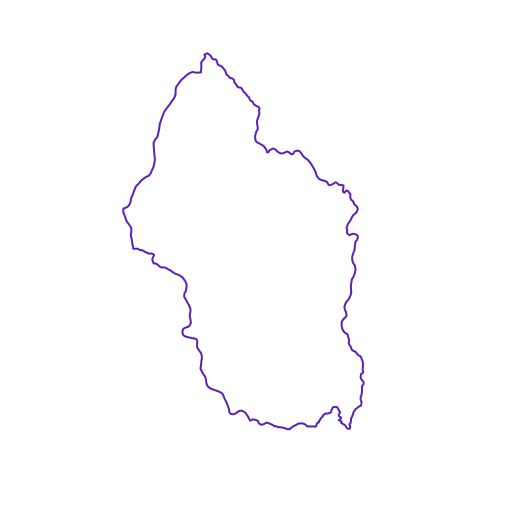 Tailândia, Pará, Brazil (Albers equal-area conic projection), rotated 146°
{"feature_id": "56859067B75953677181340", "entity_name": "Tailândia", "entity_type": "district", "adm_level": 2, "iso_a3": "BRA", "parent_name": "Brazil", "parent_adm1": "Pará", "projection": "albers", "projection_center": [-48.744, -2.903], "detail": "fine", "context": "isolated", "style": "outline", "palette": "violet", "viewbox_px": 512, "rotation_deg": 146, "n_neighbors": 0, "source": "geoboundaries", "source_scale": "gbopen_adm2", "svg_char_len": 6078}
<svg xmlns="http://www.w3.org/2000/svg" viewBox="0 0 512 512"><g transform="rotate(146 256 256)"><path d="M224.0,139.4L224.3,140.8L225.3,143.1L225.5,145.6L225.2,147.2L224.4,149.4L223.7,150.8L222.3,152.8L221.4,153.7L220.3,154.2L218.0,154.9L215.5,155.3L214.2,156.0L212.8,158.9L212.4,161.4L212.1,162.5L210.8,164.8L208.7,166.4L206.6,167.4L203.0,168.5L199.8,170.4L198.7,171.2L197.1,173.0L194.7,177.2L193.1,179.3L190.3,182.3L189.3,183.2L187.0,184.2L184.9,185.5L181.8,188.3L181.0,189.2L179.8,191.7L179.3,193.0L179.4,195.7L178.7,198.3L176.9,201.3L176.1,202.1L170.7,206.2L166.5,211.3L165.5,212.1L163.0,213.0L161.0,214.6L160.4,215.8L160.6,217.0L161.1,217.9L162.7,219.9L163.9,220.5L166.7,220.9L167.4,222.1L167.7,223.1L167.5,224.4L166.9,225.3L166.0,226.2L165.2,228.7L163.2,230.1L162.2,231.0L157.5,232.9L155.0,234.4L152.6,235.5L149.4,235.8L148.0,236.2L145.8,237.6L145.1,238.6L144.9,240.0L144.9,241.3L145.6,244.4L144.9,246.9L145.7,249.7L145.3,251.3L144.8,252.3L143.7,253.6L143.1,254.9L143.5,256.2L143.3,258.1L144.3,259.7L145.8,259.5L147.0,259.0L147.9,259.9L147.6,261.3L146.9,262.3L145.7,263.3L144.1,265.5L144.9,266.6L147.5,268.8L148.1,271.5L148.7,272.5L150.1,272.8L151.5,272.6L154.6,273.2L155.7,273.6L156.0,274.7L155.7,277.4L156.2,278.7L158.3,281.3L159.4,282.4L160.7,285.0L160.9,287.6L160.6,289.2L159.7,292.0L159.2,295.4L158.8,301.5L159.0,304.6L159.4,307.4L160.1,308.6L160.9,311.6L161.1,313.3L160.9,315.3L161.3,318.2L162.0,319.6L163.2,320.4L164.7,320.9L165.9,321.0L168.1,320.0L169.3,320.2L170.0,321.3L170.9,324.0L171.6,325.0L172.6,325.4L175.4,325.9L176.9,326.3L178.1,327.1L179.7,330.1L180.2,332.8L181.4,335.3L182.6,335.8L183.8,335.8L185.0,336.1L186.3,335.9L187.6,335.1L188.8,335.6L188.0,338.6L188.1,342.9L190.9,348.6L191.6,349.6L191.8,350.8L191.7,352.3L190.3,355.0L189.3,356.2L187.5,357.9L186.3,358.9L184.4,359.6L183.4,360.6L182.7,361.6L181.6,364.1L180.0,366.8L179.1,367.9L177.4,369.0L174.0,371.8L173.2,372.7L171.9,375.3L170.5,376.3L170.4,377.7L172.2,380.9L172.9,382.9L172.9,384.1L172.6,385.2L172.7,386.5L173.6,387.6L173.6,389.9L173.1,391.5L173.6,392.9L173.8,396.3L174.4,399.1L174.2,403.1L174.7,404.3L175.8,405.2L176.7,406.5L176.6,410.7L176.8,412.1L176.2,413.3L175.8,414.7L176.3,416.1L178.0,418.3L178.4,421.3L178.8,422.5L178.8,423.7L177.9,427.1L178.1,429.1L178.0,430.3L178.6,432.7L180.0,434.8L180.5,436.1L179.3,440.4L179.6,441.6L180.6,442.2L181.5,443.2L181.9,444.5L181.6,446.8L182.2,449.2L183.0,451.2L184.7,451.6L186.2,451.6L186.5,450.0L187.3,449.1L188.5,448.4L191.3,447.8L193.4,446.9L196.2,442.3L197.2,441.4L199.0,439.1L201.7,440.5L204.3,442.5L205.8,444.2L209.8,444.8L212.4,444.7L219.9,443.6L227.4,440.9L229.1,439.5L232.6,434.7L235.2,432.9L243.3,429.7L247.0,428.6L251.6,426.8L255.2,424.4L262.0,419.2L264.9,415.8L269.0,411.8L271.4,409.8L274.6,408.9L277.5,407.2L279.2,404.6L284.1,395.8L284.7,394.6L286.2,392.1L289.1,389.1L291.3,387.1L295.0,384.9L296.2,383.9L297.3,383.3L299.6,382.6L301.5,382.7L303.0,383.1L307.9,382.8L309.8,382.6L312.6,381.6L316.0,381.1L318.3,379.8L324.9,375.1L326.1,374.5L328.0,373.0L329.6,371.1L331.0,370.1L333.3,369.0L335.7,368.7L337.0,368.8L339.2,369.5L340.7,367.8L341.4,366.8L343.3,359.0L343.8,357.9L343.6,350.8L343.8,349.5L344.3,348.0L346.2,345.3L347.1,344.6L347.9,343.6L348.9,341.5L349.7,339.2L350.5,337.9L350.9,336.6L352.2,334.2L352.6,332.6L353.4,331.5L353.4,330.4L350.0,328.2L348.8,325.6L347.7,325.0L346.2,323.0L345.9,321.7L345.3,320.6L344.3,319.4L343.8,318.2L341.6,316.8L340.0,314.8L340.2,313.5L342.5,312.3L343.7,311.3L344.3,310.3L344.5,309.0L345.0,307.9L344.6,306.6L343.5,306.0L342.8,305.0L342.0,302.4L341.8,301.2L341.1,299.8L338.9,298.0L337.9,297.4L337.2,296.3L336.2,293.9L334.8,291.6L334.5,290.3L332.7,286.2L330.9,283.9L329.7,281.6L328.8,279.1L328.7,274.0L329.5,271.2L330.8,269.2L331.9,268.3L332.5,267.3L333.4,266.5L334.5,265.7L335.7,265.4L337.6,263.5L338.3,262.3L339.1,252.8L339.7,249.6L340.3,248.2L341.3,246.7L343.9,244.1L344.7,242.9L346.1,239.3L347.4,237.1L348.3,236.3L350.9,235.2L352.2,235.3L353.4,235.8L356.1,236.3L357.9,235.8L359.9,233.6L360.2,232.6L360.5,231.5L360.2,230.1L359.3,228.4L354.8,223.5L353.8,222.7L352.0,220.5L351.9,219.1L352.5,217.9L353.3,217.0L355.6,213.7L356.0,212.0L355.9,206.5L356.2,205.0L357.1,203.1L358.1,201.4L360.2,199.3L362.5,196.4L364.7,194.1L365.2,193.0L365.7,188.0L365.7,184.4L365.9,183.3L366.7,181.2L367.6,179.8L368.2,178.2L368.9,176.1L368.5,173.1L366.8,170.0L363.1,165.2L361.6,162.7L361.1,161.6L360.9,160.4L361.1,158.6L361.8,155.7L362.4,150.7L363.8,145.0L365.2,141.7L365.5,140.4L365.2,139.2L364.3,138.2L363.0,137.3L361.0,136.9L359.5,136.8L357.8,137.1L356.4,136.8L355.1,136.3L354.1,135.4L353.3,134.1L352.7,132.4L352.5,131.3L352.4,128.3L352.9,122.9L351.5,122.5L350.1,122.4L348.3,120.7L347.4,119.6L346.7,118.4L347.2,115.9L346.8,114.6L346.2,113.5L345.2,112.7L343.3,112.2L340.7,112.0L339.5,111.2L337.5,107.9L336.8,107.0L335.9,104.5L334.9,104.0L333.9,102.8L333.3,101.6L332.3,101.0L329.8,98.9L329.0,97.6L328.1,96.9L326.8,94.8L325.8,94.3L325.0,93.5L322.5,94.0L321.3,93.8L319.8,94.0L317.3,93.5L314.7,93.4L313.5,92.8L312.1,92.0L310.3,90.4L309.7,89.4L309.2,88.1L309.0,86.7L308.4,85.5L307.2,85.2L305.5,83.6L304.3,83.1L302.5,81.5L301.4,81.2L299.4,83.0L298.2,83.2L296.8,83.0L295.9,84.0L294.7,84.2L293.7,84.9L292.3,85.4L291.2,85.5L288.6,86.6L286.0,86.4L285.0,85.4L283.8,85.2L282.7,84.5L281.2,84.6L279.6,86.1L277.5,87.2L276.3,87.5L273.5,85.8L273.2,84.7L273.5,83.0L273.6,79.4L274.9,78.9L276.2,78.0L276.8,76.6L275.9,75.1L276.2,73.9L279.0,73.4L277.6,71.0L278.7,70.0L276.7,65.6L276.9,63.9L276.6,61.6L275.0,60.4L274.0,61.0L272.8,63.2L272.6,64.3L271.4,64.3L269.6,66.1L268.0,68.2L266.7,68.7L265.7,69.6L264.2,70.2L263.5,71.2L262.4,72.0L258.9,73.4L257.4,73.3L256.2,73.7L252.7,73.3L251.5,74.2L250.2,76.0L249.5,78.5L248.0,80.6L245.9,82.1L243.6,84.8L241.6,87.9L240.8,88.8L238.4,89.7L237.5,91.0L237.3,92.5L237.6,93.9L237.6,95.3L237.3,96.5L236.5,97.7L234.8,99.4L232.7,99.4L231.7,100.2L231.5,101.4L230.9,102.6L229.3,104.4L227.1,107.6L226.4,109.9L225.4,113.8L225.7,114.9L226.5,115.9L226.8,117.2L227.0,120.4L227.3,121.5L228.2,122.4L229.0,124.9L228.3,127.4L228.1,131.5L225.7,134.4L225.0,136.8L224.0,139.4Z" fill="none" stroke="#5b21b6" stroke-width="2"/></g></svg>